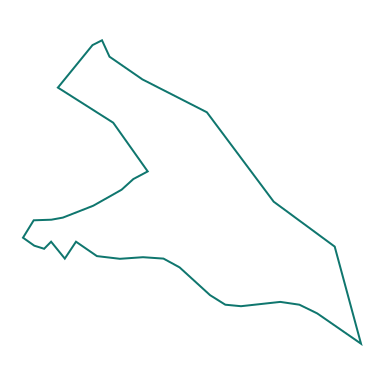 outline of Lendava
{"feature_id": "SVN-264", "entity_name": "Lendava", "entity_type": "Municipality", "adm_level": 1, "iso_a3": "SVN", "parent_name": "Slovenia", "parent_adm1": "", "projection": "robinson", "projection_center": [16.393, 46.569], "detail": "fine", "context": "isolated", "style": "outline", "palette": "teal", "viewbox_px": 384, "rotation_deg": 0, "n_neighbors": 0, "source": "natural_earth", "source_scale": "10m", "svg_char_len": 561}
<svg xmlns="http://www.w3.org/2000/svg" viewBox="0 0 384 384"><path d="M102.0,40.3L109.5,56.7L142.4,79.4L206.9,112.3L273.7,201.7L334.7,246.6L361.0,343.7L317.2,313.4L299.4,304.7L280.3,301.9L241.0,306.2L225.3,304.7L210.1,295.2L179.6,267.4L163.5,258.6L143.0,257.2L119.9,258.8L96.9,256.1L76.0,241.7L64.8,258.6L64.0,257.6L51.1,241.7L44.1,248.8L43.0,248.4L34.3,245.7L23.0,237.7L33.7,220.3L51.4,219.7L62.9,217.6L93.3,205.7L121.6,189.7L133.4,179.0L147.7,171.4L113.2,122.7L57.9,87.6L92.5,45.1L101.4,40.6L102.0,40.3Z" fill="none" stroke="#0f766e" stroke-width="2"/></svg>